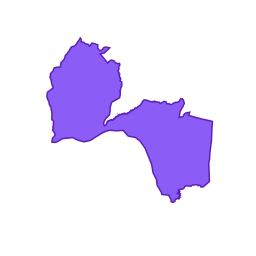 the district of Atiwa East, Eastern, Ghana, rotated 42°
{"feature_id": "2480657B7526405183619", "entity_name": "Atiwa East", "entity_type": "district", "adm_level": 2, "iso_a3": "GHA", "parent_name": "Ghana", "parent_adm1": "Eastern", "projection": "natural_earth1", "projection_center": [-0.69, 6.396], "detail": "fine", "context": "isolated", "style": "filled", "palette": "violet", "viewbox_px": 256, "rotation_deg": 42, "n_neighbors": 0, "source": "geoboundaries", "source_scale": "gbopen_adm2", "svg_char_len": 5682}
<svg xmlns="http://www.w3.org/2000/svg" viewBox="0 0 256 256"><g transform="rotate(42 128 128)"><path d="M163.3,75.0L162.8,75.8L162.7,76.3L162.2,76.5L161.9,77.1L161.6,77.3L161.4,77.7L160.9,78.1L160.9,78.9L160.6,79.6L160.6,80.8L161.1,82.3L161.1,82.9L160.2,84.2L159.0,85.3L158.9,85.8L157.7,84.2L157.6,83.8L157.1,83.1L156.9,82.6L156.2,81.9L155.9,81.4L155.6,80.1L155.2,79.3L155.2,78.8L154.7,76.8L154.6,75.6L154.5,75.2L154.2,74.9L153.4,72.0L150.5,70.2L149.8,70.2L149.3,69.9L148.9,69.9L148.3,70.7L147.7,70.9L147.6,71.1L147.9,72.0L147.8,73.1L148.1,73.6L148.1,74.2L148.3,74.8L147.9,75.1L147.7,75.6L146.9,76.5L146.1,77.1L145.2,79.1L145.0,79.8L145.0,80.7L144.3,81.8L143.3,82.3L142.5,82.4L141.9,83.0L140.7,83.9L138.6,83.1L137.3,83.8L136.8,84.6L135.6,88.4L134.1,87.9L133.1,88.8L131.5,89.4L130.1,90.6L129.7,90.6L129.8,90.9L129.6,90.8L129.6,91.5L128.6,91.8L128.3,92.5L127.6,92.9L127.5,93.2L123.5,94.7L121.1,96.3L121.1,98.4L121.9,102.3L121.6,103.4L121.7,104.0L121.5,104.4L121.2,104.7L121.3,105.1L121.1,105.3L121.0,105.6L121.0,105.9L121.3,106.4L121.3,107.1L121.2,107.3L120.8,107.4L120.3,108.0L119.9,108.4L119.8,108.6L120.1,108.9L120.3,109.7L120.2,109.9L119.9,110.2L120.0,111.3L119.8,111.4L119.5,111.3L119.2,111.5L119.3,111.8L119.1,111.9L119.1,112.2L118.9,112.6L119.1,112.7L119.2,112.8L118.7,113.4L118.7,113.7L118.4,113.5L118.4,114.4L118.7,114.8L118.6,115.1L118.3,115.2L118.3,115.4L118.4,115.6L118.8,115.8L117.8,116.8L118.0,117.0L118.0,117.4L117.8,117.7L117.9,118.1L117.7,118.3L117.1,118.3L117.0,118.7L116.6,118.7L116.4,118.9L116.1,119.5L115.4,119.5L115.2,120.0L114.9,120.2L115.2,120.7L115.0,120.9L114.9,120.8L114.4,121.1L114.3,121.3L114.1,121.5L114.3,121.9L114.1,122.5L113.6,122.6L113.4,123.2L112.9,123.5L113.1,124.0L112.8,124.8L112.3,124.8L112.7,125.1L112.6,125.4L112.8,125.4L112.9,125.6L112.3,126.6L111.8,126.8L111.6,127.8L111.4,128.0L111.6,128.3L111.5,128.5L111.5,128.8L112.0,129.0L112.1,129.4L111.7,129.8L111.7,130.0L111.7,130.8L111.3,130.7L111.3,130.8L111.3,131.4L111.6,131.8L111.3,132.0L111.4,132.4L111.3,132.6L109.9,133.0L110.0,133.7L109.8,134.1L109.5,134.0L109.0,134.9L109.0,135.6L108.4,135.9L108.4,136.1L108.4,137.1L108.6,137.4L108.5,137.5L108.6,138.0L109.3,139.1L109.2,139.5L109.5,140.6L109.3,140.9L109.4,141.5L108.7,142.0L106.8,141.1L105.5,137.9L105.0,134.8L105.4,133.5L105.2,132.4L105.4,130.9L105.2,130.1L104.3,129.0L103.0,126.8L101.8,125.9L98.9,120.6L98.8,119.3L101.5,111.2L100.2,108.8L98.1,106.2L97.1,106.2L97.2,105.2L96.1,103.6L95.5,102.2L95.2,101.8L95.4,101.1L94.3,100.1L94.1,99.5L93.8,99.3L93.4,98.8L92.4,98.0L91.7,98.0L91.0,98.3L90.5,98.2L89.7,96.7L89.8,96.4L88.8,95.9L88.2,96.1L88.1,95.8L87.8,95.6L87.5,95.6L87.3,95.5L87.2,95.3L86.9,95.3L86.6,95.1L86.3,94.7L86.0,93.9L85.8,94.2L85.6,93.9L85.2,93.7L84.7,93.1L84.2,93.0L83.9,92.7L83.3,92.7L82.8,92.3L82.3,92.3L82.3,91.9L82.1,91.6L82.3,91.3L81.8,90.6L81.7,90.0L81.5,89.8L81.1,89.8L80.6,89.3L80.3,89.1L80.1,87.3L79.6,86.9L79.4,86.2L79.1,86.0L78.6,85.8L78.0,86.0L77.6,87.0L77.0,87.2L76.5,87.2L75.3,87.9L74.9,88.0L73.4,87.6L72.5,87.5L72.0,87.7L71.3,88.2L70.4,88.5L70.0,89.0L69.6,89.8L69.7,90.5L69.4,91.5L69.5,93.3L57.7,91.5L60.2,88.0L60.8,80.7L57.8,82.3L57.4,82.7L56.6,83.7L56.2,84.4L56.6,87.4L56.4,87.8L55.1,89.4L54.3,89.3L53.7,89.3L52.3,89.0L51.8,88.7L51.1,87.9L49.9,86.4L44.4,88.9L44.8,92.8L43.8,92.9L43.1,92.5L42.3,92.5L41.9,92.7L41.1,93.6L40.3,93.6L39.9,93.9L39.6,93.9L39.2,94.1L38.0,94.0L37.9,94.1L37.5,94.1L36.7,94.5L36.4,95.0L36.2,95.1L35.4,95.0L35.3,94.8L35.0,94.7L34.3,94.1L33.8,93.5L33.5,93.4L33.1,93.1L32.3,93.1L32.7,94.3L32.8,96.5L33.1,97.5L33.1,98.5L33.5,100.4L33.5,100.9L33.4,101.4L33.6,102.1L33.4,102.7L31.7,105.7L32.7,110.5L32.8,112.9L33.2,113.7L32.8,115.7L34.2,118.5L34.6,119.7L34.6,123.6L34.4,123.9L34.5,124.1L35.5,125.8L35.6,126.2L37.0,127.8L34.0,131.0L33.0,132.8L34.1,135.8L34.1,136.8L34.0,139.2L34.2,139.8L35.3,141.0L35.8,142.1L36.9,143.0L39.2,143.9L39.7,144.7L43.6,147.3L44.3,147.5L45.6,148.2L44.2,155.4L46.9,159.2L47.5,159.4L49.4,160.7L51.1,160.9L53.4,162.9L57.3,164.4L58.8,165.9L60.0,166.6L62.1,168.4L65.8,172.8L67.6,172.6L68.2,173.0L68.9,173.7L70.1,175.3L71.3,176.3L71.4,177.6L72.9,178.1L72.9,179.5L73.5,180.1L76.0,180.6L78.4,181.8L78.8,183.5L78.7,186.0L79.3,187.1L80.4,188.8L81.1,189.4L83.8,187.2L85.3,183.5L86.1,180.2L93.2,172.2L99.3,170.4L104.6,167.7L108.3,162.5L111.7,150.3L113.6,145.7L115.7,142.1L121.3,137.8L126.0,133.0L133.4,133.9L140.0,130.0L146.1,129.7L154.3,131.6L170.0,139.3L176.6,144.5L183.7,147.3L187.9,151.0L195.8,153.5L197.6,154.7L203.0,150.8L203.8,151.1L204.3,151.0L205.4,151.5L207.8,152.3L209.3,153.8L210.5,153.6L211.1,153.2L211.4,152.9L211.7,151.6L211.5,151.3L211.8,150.8L211.0,149.9L211.0,149.1L211.4,148.8L211.4,148.1L211.9,147.5L211.9,146.9L213.0,146.2L213.3,146.4L213.3,146.1L212.9,146.1L212.7,145.7L213.1,145.4L213.0,145.1L212.4,145.3L212.4,144.9L212.6,144.6L211.9,144.8L211.7,144.7L211.5,144.0L211.8,142.8L211.1,142.8L210.6,142.5L210.4,142.3L210.7,142.1L210.7,141.9L210.2,142.1L210.1,142.4L209.9,142.2L209.2,143.1L209.2,143.5L208.7,143.7L208.3,143.5L208.3,142.8L208.2,142.5L208.6,141.8L208.5,141.3L209.1,141.1L209.1,140.8L208.9,140.8L208.4,141.0L208.2,140.9L208.0,140.4L207.8,140.6L207.5,140.5L207.3,140.8L207.0,140.5L207.5,140.4L207.3,140.0L207.8,139.6L207.5,139.4L207.8,139.1L207.8,138.5L208.5,137.7L209.2,137.3L209.6,136.3L209.8,135.4L209.7,134.7L209.4,133.6L210.0,131.8L210.2,131.5L211.8,130.7L213.8,129.0L213.7,128.5L213.8,127.8L215.8,125.4L216.0,124.9L216.4,124.7L217.2,124.0L219.1,123.6L219.5,122.6L220.7,122.4L221.9,123.0L222.5,122.3L223.3,121.3L224.3,113.2L217.9,106.7L211.0,99.4L209.7,96.9L206.7,93.2L205.3,91.4L197.9,80.8L197.6,80.6L194.4,76.6L190.2,71.6L186.4,66.6L181.2,69.4L177.3,71.7L164.7,78.1L163.3,75.0Z" fill="#8b5cf6" stroke="#5b21b6" stroke-width="1.5"/></g></svg>